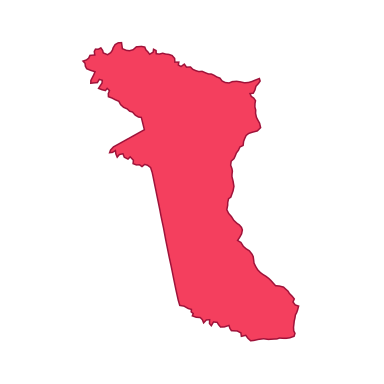 Dionísio Cerqueira, Santa Catarina, Brazil (Mercator projection), rotated 82°
{"feature_id": "56859067B35573440952052", "entity_name": "Dionísio Cerqueira", "entity_type": "district", "adm_level": 2, "iso_a3": "BRA", "parent_name": "Brazil", "parent_adm1": "Santa Catarina", "projection": "mercator", "projection_center": [-53.547, -26.336], "detail": "fine", "context": "isolated", "style": "filled", "palette": "rose", "viewbox_px": 384, "rotation_deg": 82, "n_neighbors": 0, "source": "geoboundaries", "source_scale": "gbopen_adm2", "svg_char_len": 3288}
<svg xmlns="http://www.w3.org/2000/svg" viewBox="0 0 384 384"><g transform="rotate(82 192 192)"><path d="M93.9,111.2L91.6,109.1L89.0,109.5L90.1,114.2L90.9,117.2L91.4,120.6L91.2,124.7L89.6,129.0L88.6,132.4L88.3,136.7L89.2,140.1L88.2,143.9L86.2,146.8L83.1,148.5L81.5,151.5L79.5,153.9L77.9,156.4L77.4,159.3L75.7,162.3L73.9,165.2L73.7,168.5L72.4,171.3L70.6,174.2L68.0,176.1L67.6,180.1L64.3,181.8L66.2,185.4L64.3,187.9L61.6,187.0L61.0,190.9L57.3,190.6L54.1,192.7L52.5,195.8L51.8,198.8L50.5,201.7L50.9,205.2L50.1,208.2L46.9,207.9L45.3,210.2L48.1,211.0L49.7,214.8L47.1,216.2L44.8,217.9L41.9,218.6L40.8,221.8L40.5,226.9L42.9,230.5L43.4,234.2L42.6,237.3L40.4,241.0L34.3,241.0L34.0,244.3L35.3,247.6L38.2,250.0L40.5,251.1L42.7,253.1L44.3,256.5L41.9,260.5L39.4,260.8L36.6,262.2L37.6,265.0L37.1,267.7L39.2,269.2L42.8,269.2L42.5,274.0L45.1,275.7L46.5,278.1L47.2,281.7L49.7,280.0L52.6,280.1L55.3,279.1L57.4,275.5L59.4,271.3L62.3,273.0L65.0,274.9L67.4,276.6L70.2,277.1L70.3,274.0L70.5,270.5L67.6,268.1L68.9,265.3L71.7,266.0L73.9,268.0L76.4,270.1L78.2,266.9L79.5,263.6L77.6,261.6L80.1,259.6L82.9,261.2L86.0,261.5L87.9,258.0L90.0,255.1L92.0,251.8L95.6,250.5L98.6,248.0L100.7,244.6L103.3,242.5L104.6,239.7L108.0,237.5L110.3,234.6L111.1,231.8L123.7,230.5L136.4,263.5L139.1,266.8L141.6,268.1L141.7,265.2L140.3,262.1L143.6,262.1L147.1,261.2L144.8,258.7L144.5,255.1L148.1,254.2L150.5,250.8L148.6,248.3L152.4,245.6L155.7,246.4L157.4,243.4L157.8,240.1L159.9,238.0L158.1,235.0L159.3,232.3L162.0,229.6L167.1,228.7L171.3,228.4L179.9,227.9L186.1,227.5L191.3,227.2L195.9,226.9L205.7,226.3L210.5,226.1L216.7,225.7L223.7,225.2L235.4,224.7L254.0,223.6L262.0,223.0L266.8,222.7L274.0,222.3L285.4,221.6L297.1,220.7L302.6,219.9L303.9,215.8L306.9,211.9L308.2,208.9L310.6,209.5L312.5,207.7L314.7,208.9L316.6,205.3L317.5,201.3L319.9,199.5L323.2,198.7L320.7,195.6L320.9,192.3L324.7,193.0L327.1,191.5L323.7,188.8L324.6,185.2L327.0,184.2L329.7,182.5L330.1,178.8L329.3,174.0L332.4,173.4L334.8,172.3L335.9,166.6L338.3,163.2L341.8,163.2L341.4,158.7L344.6,157.0L347.5,154.6L347.6,151.3L347.2,146.8L347.3,141.5L348.6,136.9L349.0,131.5L349.3,128.4L348.8,125.6L349.5,122.4L350.0,119.0L350.0,115.4L349.1,111.0L346.3,109.7L343.7,110.6L340.1,110.3L336.7,109.4L333.9,108.7L331.1,107.6L328.1,106.7L326.1,105.2L323.6,103.9L319.8,102.3L318.2,105.5L315.0,107.3L312.1,105.6L309.2,107.3L306.0,109.7L303.6,110.7L301.5,112.5L298.9,114.6L297.3,118.5L296.4,122.3L293.6,124.2L290.6,126.2L288.3,128.0L285.8,130.5L283.4,133.4L281.2,135.6L278.2,137.8L274.7,139.3L271.0,140.5L267.2,140.4L264.5,140.4L262.0,141.2L258.2,143.4L255.7,146.4L253.0,148.7L248.8,150.6L246.3,153.6L243.6,151.2L240.3,148.7L236.6,147.4L234.0,147.9L231.2,149.7L229.2,151.9L225.8,154.6L221.8,156.4L218.3,158.7L214.4,160.0L210.1,158.5L207.4,158.1L203.7,156.7L202.5,154.3L199.8,152.9L196.6,151.2L192.3,149.7L187.3,149.8L182.3,150.3L179.9,149.9L177.0,149.1L174.4,149.2L170.8,150.0L166.9,148.9L164.8,145.8L162.5,144.3L159.5,142.6L157.1,140.2L154.1,138.3L153.0,134.9L149.2,133.9L146.6,132.5L143.5,130.5L141.9,127.7L141.2,123.9L140.6,118.8L137.8,115.1L133.3,115.5L129.7,116.9L127.0,117.8L122.9,118.1L119.7,117.5L116.6,117.9L113.1,117.3L110.4,116.4L107.6,117.8L105.6,120.0L102.6,120.9L102.7,117.6L99.8,115.5L96.2,114.0L93.9,111.2Z" fill="#f43f5e" stroke="#9f1239" stroke-width="1.5"/></g></svg>